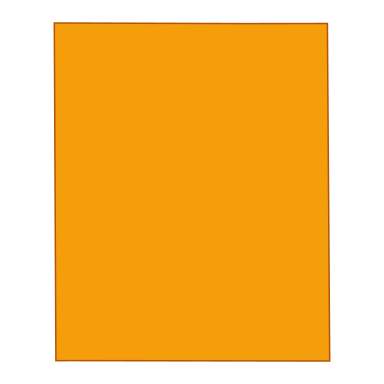 the district of Scott, Kansas, United States of America
{"feature_id": "52423323B73647157013897", "entity_name": "Scott", "entity_type": "district", "adm_level": 2, "iso_a3": "USA", "parent_name": "United States of America", "parent_adm1": "Kansas", "projection": "natural_earth1", "projection_center": [-100.891, 38.482], "detail": "fine", "context": "isolated", "style": "filled", "palette": "amber", "viewbox_px": 384, "rotation_deg": 0, "n_neighbors": 0, "source": "geoboundaries", "source_scale": "gbopen_adm2", "svg_char_len": 209}
<svg xmlns="http://www.w3.org/2000/svg" viewBox="0 0 384 384"><path d="M327.4,23.5L246.3,23.6L54.3,23.0L55.9,360.7L69.7,360.6L329.7,361.0L327.4,23.5Z" fill="#f59e0b" stroke="#b45309" stroke-width="1.5"/></svg>